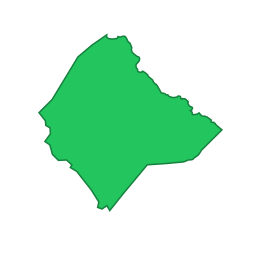 Highland, Virginia, United States of America, rotated 110°
{"feature_id": "52423323B76266562550307", "entity_name": "Highland", "entity_type": "district", "adm_level": 2, "iso_a3": "USA", "parent_name": "United States of America", "parent_adm1": "Virginia", "projection": "mercator", "projection_center": [-79.655, 38.386], "detail": "fine", "context": "isolated", "style": "filled", "palette": "green", "viewbox_px": 256, "rotation_deg": 110, "n_neighbors": 0, "source": "geoboundaries", "source_scale": "gbopen_adm2", "svg_char_len": 1696}
<svg xmlns="http://www.w3.org/2000/svg" viewBox="0 0 256 256"><g transform="rotate(110 128 128)"><path d="M47.7,179.8L62.1,190.0L78.2,199.3L127.1,209.0L144.0,216.9L149.5,208.1L153.7,206.1L154.5,201.4L160.0,198.9L169.1,201.5L170.6,195.7L178.7,189.9L182.2,182.3L179.1,174.8L181.9,168.1L184.9,168.7L186.3,161.4L198.7,141.4L207.5,130.1L213.0,129.4L213.0,124.7L208.2,121.3L211.8,116.9L192.1,110.3L156.0,97.3L148.2,79.7L140.8,64.1L137.3,60.2L136.9,59.4L136.8,58.7L135.6,56.7L135.4,56.5L135.1,56.3L133.7,55.7L129.3,52.7L125.6,51.7L123.8,51.4L97.6,39.1L95.2,45.7L94.5,47.1L94.1,47.3L93.3,49.6L93.6,50.1L94.1,51.7L93.0,52.5L92.1,52.4L90.7,57.3L90.6,59.9L91.5,62.2L90.9,63.9L89.5,66.3L89.9,66.8L90.6,67.1L91.6,68.2L92.9,70.7L93.2,72.0L92.7,72.6L91.9,72.8L91.3,73.2L90.9,73.6L90.8,74.0L90.3,75.4L89.1,74.2L87.0,74.2L86.5,75.2L86.5,76.8L86.1,78.2L84.3,80.4L83.3,80.2L82.9,80.3L82.2,81.3L81.1,84.3L81.3,85.4L81.8,86.8L82.5,87.0L82.3,88.2L81.8,88.4L80.6,89.5L80.4,90.0L80.7,91.8L81.8,92.2L83.3,94.5L84.1,96.6L84.2,97.4L84.3,100.2L84.0,100.6L83.2,102.0L83.8,103.7L83.2,104.9L83.1,106.3L83.4,107.3L83.7,107.8L83.8,108.5L78.1,115.2L77.2,116.8L77.3,117.9L75.9,119.9L74.4,121.4L72.6,126.6L71.4,127.6L70.2,130.6L69.6,133.6L70.0,134.1L70.9,134.3L71.2,134.7L71.6,136.7L71.6,137.7L71.5,138.0L71.1,138.4L70.4,138.6L69.4,139.3L68.6,140.8L66.5,141.9L65.3,142.0L61.5,140.5L60.8,140.4L58.5,140.9L57.5,142.2L57.8,143.3L56.6,147.2L55.5,149.9L53.4,151.6L51.2,151.9L47.6,155.1L47.0,157.0L46.5,157.9L45.0,159.3L43.4,161.2L43.0,162.4L43.0,163.1L43.8,164.6L45.0,165.9L45.3,166.7L45.5,168.7L47.1,168.7L47.9,169.5L49.9,173.4L50.6,176.8L50.1,178.8L49.7,179.3L47.7,179.8Z" fill="#22c55e" stroke="#15803d" stroke-width="1.5"/></g></svg>